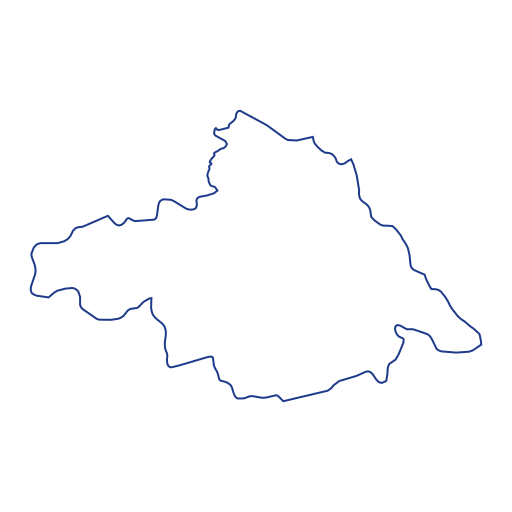 map outline of Arhangay (Albers equal-area conic projection)
{"feature_id": "MNG-3316", "entity_name": "Arhangay", "entity_type": "Province", "adm_level": 1, "iso_a3": "MNG", "parent_name": "Mongolia", "parent_adm1": "", "projection": "albers", "projection_center": [100.83, 48.018], "detail": "fine", "context": "isolated", "style": "outline", "palette": "blue", "viewbox_px": 512, "rotation_deg": 0, "n_neighbors": 0, "source": "natural_earth", "source_scale": "10m", "svg_char_len": 4310}
<svg xmlns="http://www.w3.org/2000/svg" viewBox="0 0 512 512"><path d="M312.8,136.9L313.8,141.4L314.8,143.6L317.8,147.1L319.5,148.6L321.2,150.3L325.1,152.7L328.1,152.9L330.1,153.3L331.0,153.7L332.8,154.8L334.9,157.1L335.8,158.8L336.6,161.2L337.5,162.6L338.9,163.6L340.4,164.1L342.2,164.2L344.6,163.4L347.7,161.1L351.1,159.3L353.5,164.6L356.7,175.4L359.0,189.3L359.1,191.2L359.0,194.6L359.6,197.3L360.3,199.0L361.5,200.5L363.0,201.8L366.9,204.6L368.9,207.0L370.2,210.0L371.2,216.8L373.6,219.5L374.9,220.7L380.3,224.6L382.1,225.3L383.9,225.7L387.8,225.7L392.6,226.1L396.5,229.9L400.8,235.5L402.6,239.2L404.9,242.5L407.3,246.7L408.3,249.6L409.6,255.7L410.5,264.7L411.1,266.7L411.6,267.7L412.9,269.2L414.5,270.2L420.1,272.7L424.7,274.7L425.8,278.2L426.5,280.0L429.4,285.8L431.4,289.1L435.3,289.2L437.3,289.6L439.0,290.2L441.0,291.7L445.2,296.9L447.9,301.2L449.9,305.4L452.6,309.7L454.8,312.3L457.5,315.9L461.0,319.1L464.8,321.6L470.2,326.3L473.8,328.8L479.5,334.1L480.7,339.6L481.3,344.6L472.8,350.4L469.0,351.7L456.2,352.6L441.6,351.4L438.5,350.3L436.6,348.9L431.9,339.2L430.2,336.5L427.8,334.3L413.6,329.4L411.4,329.2L406.9,329.3L400.2,325.6L399.0,325.3L396.9,325.2L395.6,326.3L395.0,328.2L395.3,330.6L396.2,332.9L397.3,334.9L398.7,336.4L400.5,337.3L402.3,338.0L403.6,339.1L403.4,342.7L398.8,353.9L395.6,359.6L389.3,363.9L388.5,365.7L387.7,368.3L387.4,374.2L386.2,381.0L381.9,382.9L379.7,382.5L377.6,381.0L376.0,379.2L372.6,374.1L370.4,372.1L368.4,371.4L366.1,371.6L356.5,375.9L339.3,381.0L333.6,385.3L331.4,388.1L327.7,390.7L283.3,401.2L278.1,396.0L276.2,395.2L265.9,397.6L262.1,397.8L253.0,396.2L249.9,396.2L244.0,398.4L237.7,398.5L235.9,397.4L234.8,395.8L233.6,393.0L231.9,387.4L230.5,385.0L227.8,382.9L225.2,381.8L220.8,380.7L220.0,380.3L219.2,379.1L218.1,374.7L217.1,371.8L215.1,368.4L213.9,365.5L213.0,357.9L212.1,356.8L210.4,356.6L207.8,357.0L179.0,365.5L171.5,367.3L169.9,367.1L168.4,366.0L167.4,364.0L167.0,361.1L167.0,358.6L167.3,356.4L167.2,354.6L166.8,352.8L165.8,350.6L165.2,348.4L164.8,345.0L164.9,342.0L165.7,336.0L165.9,332.9L165.6,329.9L164.6,326.7L162.6,323.9L156.5,318.9L154.1,316.4L152.8,314.5L151.7,311.4L151.1,307.8L151.4,298.2L149.5,298.4L143.6,301.8L141.5,303.9L139.9,305.7L138.5,307.1L136.8,308.0L131.5,308.7L129.4,309.4L127.7,310.6L123.5,315.9L121.8,317.1L120.4,317.9L117.9,318.8L111.2,319.8L101.2,319.7L98.7,319.6L96.5,318.7L82.5,309.0L80.9,307.1L80.1,304.9L80.1,297.0L78.4,291.8L77.3,290.4L76.2,289.5L74.9,288.7L73.5,288.2L72.1,288.0L65.5,288.6L57.3,290.7L54.1,292.7L48.6,297.4L36.7,295.7L34.4,294.8L31.9,293.2L31.0,291.2L30.7,288.9L31.1,286.1L35.0,274.7L35.5,272.1L35.5,268.8L34.6,264.6L31.9,257.3L31.3,254.1L33.6,247.9L34.8,246.4L36.4,244.7L38.4,243.7L40.8,243.1L57.8,243.1L64.0,241.3L67.7,239.1L70.2,236.4L73.0,230.8L75.4,228.3L77.9,227.3L82.7,226.7L107.9,215.8L114.7,223.4L117.2,225.1L119.1,225.4L121.3,224.9L123.7,223.1L125.3,221.2L126.4,219.5L127.4,218.5L128.5,218.1L130.0,218.7L131.7,219.8L133.4,220.6L135.3,221.1L153.3,219.7L154.9,219.3L156.1,218.0L157.0,215.4L158.3,205.4L159.0,203.0L160.0,201.2L161.8,199.9L163.5,199.3L171.0,199.8L173.9,201.1L185.9,208.5L188.1,209.3L190.5,209.7L193.5,209.4L195.8,208.2L196.9,205.3L196.8,203.1L196.4,200.5L197.2,198.3L199.3,196.9L206.9,195.5L213.9,193.3L217.4,190.6L215.7,188.0L214.9,187.2L214.4,186.8L213.9,186.5L212.4,186.3L211.3,185.9L210.9,185.6L210.5,185.2L209.9,184.3L209.1,182.6L208.7,181.4L208.5,179.6L208.4,178.3L207.5,176.3L207.4,175.5L207.6,174.0L208.0,172.6L208.8,170.4L209.4,169.2L209.5,168.1L209.3,167.5L209.1,166.9L209.2,166.3L209.5,165.8L211.0,164.4L211.4,163.9L211.3,163.4L211.0,163.0L209.8,162.5L209.7,161.9L210.2,160.9L211.4,158.9L212.9,157.4L214.0,156.1L214.5,155.4L214.4,154.6L214.1,154.1L214.1,153.5L214.3,152.9L215.9,151.9L217.1,151.4L220.3,149.2L221.3,148.7L222.2,148.4L222.7,148.4L223.3,148.3L223.9,147.9L225.6,146.4L226.1,145.7L226.7,144.5L226.8,143.9L226.7,143.5L225.2,141.0L215.8,135.8L214.9,135.0L214.3,134.3L214.1,133.0L214.3,132.3L214.5,130.7L214.8,129.2L215.9,128.1L217.4,129.8L219.1,130.0L228.4,127.7L228.8,126.8L228.8,125.7L229.0,124.9L230.3,123.4L233.2,121.2L234.6,119.6L235.6,117.9L235.9,116.9L236.1,114.6L236.2,114.0L236.4,113.5L236.8,112.9L237.2,112.2L238.2,111.2L240.2,110.8L242.4,112.0L266.7,125.1L285.2,138.6L287.9,140.0L296.7,140.5L312.8,136.9Z" fill="none" stroke="#1e3a8a" stroke-width="2"/></svg>